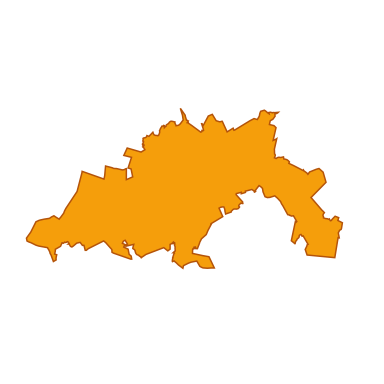 Comitán de Domínguez, Chiapas, Mexico (Mercator projection), rotated 281°
{"feature_id": "50627088B76182298000457", "entity_name": "Comitán de Domínguez", "entity_type": "district", "adm_level": 2, "iso_a3": "MEX", "parent_name": "Mexico", "parent_adm1": "Chiapas", "projection": "mercator", "projection_center": [-92.173, 16.291], "detail": "fine", "context": "isolated", "style": "filled", "palette": "amber", "viewbox_px": 384, "rotation_deg": 281, "n_neighbors": 0, "source": "geoboundaries", "source_scale": "gbopen_adm2", "svg_char_len": 6043}
<svg xmlns="http://www.w3.org/2000/svg" viewBox="0 0 384 384"><g transform="rotate(281 192 192)"><path d="M286.7,261.5L285.7,258.1L285.5,256.4L285.1,256.0L285.3,253.8L284.7,252.3L284.4,252.4L283.5,252.8L284.1,251.4L284.3,251.3L284.4,250.8L285.6,248.7L286.1,247.4L284.3,244.0L282.2,243.6L279.3,243.6L275.6,242.3L275.9,238.9L273.2,235.5L260.9,222.0L260.6,221.4L262.5,220.2L257.7,215.0L267.2,208.2L267.1,207.8L266.4,206.4L266.2,205.6L266.6,202.1L272.1,197.1L269.7,193.5L259.3,190.3L261.0,188.8L260.9,188.4L255.9,191.1L254.9,191.2L254.8,191.5L254.3,191.2L254.3,190.0L253.2,190.1L252.4,189.2L257.4,178.7L259.3,174.3L259.2,174.0L259.3,174.0L259.8,174.9L260.2,174.6L261.0,174.8L261.0,174.2L261.5,173.6L261.4,172.9L265.4,170.8L266.0,170.7L271.9,164.6L265.5,168.0L261.0,169.6L257.1,167.7L256.0,167.0L254.9,166.0L254.0,163.7L254.5,163.5L256.5,162.0L257.5,161.9L257.6,159.0L257.5,157.9L257.2,157.4L256.2,156.5L255.6,156.3L254.6,155.7L253.0,154.1L252.4,153.8L251.4,153.9L250.9,153.2L249.9,152.6L251.8,152.1L251.7,151.7L251.9,151.5L251.1,150.9L251.0,150.1L250.8,149.8L250.1,149.7L248.2,148.9L247.1,148.8L246.2,148.4L244.6,148.9L243.8,148.8L243.1,148.8L242.5,148.6L241.6,148.5L241.0,148.2L240.7,147.7L240.9,147.4L240.8,147.0L240.6,145.3L240.8,144.0L241.4,143.3L243.2,142.2L238.4,139.1L238.8,137.0L237.5,136.8L236.8,136.3L236.2,135.3L235.7,134.0L235.5,133.8L235.0,133.7L234.4,134.0L233.6,134.1L232.8,134.0L232.7,134.6L232.7,134.4L232.1,134.5L232.2,134.8L231.9,134.9L229.7,134.5L229.8,134.7L229.5,135.0L229.5,135.5L229.4,135.6L229.2,135.5L228.7,135.8L228.7,135.2L228.3,135.2L228.6,134.8L228.0,135.0L227.8,134.5L227.9,135.1L227.4,135.3L227.4,135.6L227.1,135.6L226.8,135.2L226.0,136.4L224.5,137.7L221.5,134.4L222.8,120.0L214.9,118.1L214.5,126.0L203.4,124.7L203.0,127.8L195.5,130.9L191.6,125.2L202.4,123.1L202.0,122.3L201.0,121.2L200.4,119.4L200.6,113.5L200.2,110.7L200.6,108.9L201.0,102.2L191.3,103.2L187.9,103.1L191.3,80.2L190.0,80.3L170.6,79.1L151.8,71.3L149.1,70.5L146.7,70.1L141.7,67.7L140.9,67.1L140.0,66.8L141.3,63.3L142.3,61.0L140.6,58.7L139.7,57.9L138.9,57.0L137.1,52.0L135.5,48.3L135.0,47.3L133.0,44.5L121.9,41.4L115.1,38.3L112.4,39.4L111.8,41.5L111.5,43.6L110.0,49.1L109.7,52.0L109.8,60.8L109.3,61.1L107.8,62.5L105.9,63.9L104.7,64.4L103.0,65.8L97.3,69.2L99.4,71.6L100.3,71.3L102.1,71.1L104.6,71.2L104.9,69.0L107.8,69.1L109.7,68.8L113.6,73.3L116.6,74.0L116.9,74.2L117.2,74.1L117.4,74.6L117.1,75.3L117.3,75.7L118.4,76.5L118.2,77.1L118.4,77.6L118.7,78.3L119.5,79.0L119.4,79.8L118.3,80.5L118.2,81.2L118.0,81.3L117.3,80.6L117.4,81.4L115.4,83.1L115.1,84.6L116.2,85.7L119.8,88.6L121.2,91.8L118.7,94.6L119.0,96.1L114.4,98.3L114.6,99.4L116.6,101.0L127.1,114.6L125.8,117.0L120.2,124.3L117.5,125.0L117.0,126.7L114.4,144.6L114.6,145.6L116.6,144.9L117.6,144.4L118.8,142.2L123.7,140.2L124.9,135.5L127.7,136.1L128.3,133.5L130.3,133.9L130.7,134.1L131.9,135.6L128.5,138.6L127.2,137.1L126.8,136.9L126.3,137.0L126.2,137.2L126.2,137.5L129.5,144.8L126.1,144.6L125.2,144.7L124.4,146.6L123.4,147.4L122.7,147.6L121.3,148.4L120.5,149.2L120.1,149.7L119.9,150.5L119.6,152.1L119.2,152.3L118.7,153.6L118.7,153.9L117.8,154.6L117.8,154.9L118.7,155.4L118.9,155.7L122.0,158.8L132.0,174.9L129.6,179.5L131.7,181.4L136.4,180.5L137.0,181.4L138.8,183.0L137.6,183.0L137.6,183.4L138.2,183.8L139.0,183.5L138.9,184.6L137.6,185.0L136.1,185.1L135.1,185.9L133.5,186.1L131.1,186.8L130.9,186.8L130.8,186.5L129.0,185.2L129.1,185.5L128.9,185.9L129.1,186.2L128.6,186.4L128.4,186.1L124.0,185.6L124.0,185.8L122.1,185.7L121.7,185.7L120.7,185.8L120.0,186.0L119.9,186.1L120.9,187.5L119.6,189.9L117.8,192.6L115.4,197.6L118.1,197.7L120.1,200.3L121.4,202.0L122.9,204.4L124.0,207.1L125.1,209.9L120.5,213.9L119.9,215.7L119.6,217.3L120.1,221.6L121.0,225.0L121.7,228.4L131.7,221.0L131.6,214.6L131.8,204.2L135.6,203.6L136.4,203.8L136.3,204.2L136.7,204.7L137.4,204.4L137.7,204.9L138.0,204.8L137.9,205.3L138.0,205.7L138.1,205.8L138.7,205.7L138.7,205.8L138.2,206.2L137.1,206.2L137.4,208.1L142.9,209.1L144.2,209.2L146.9,210.0L147.8,210.2L152.9,214.1L157.3,215.0L164.5,217.2L164.1,216.7L164.5,216.7L173.7,226.9L181.3,221.6L182.4,222.9L183.1,224.5L183.4,226.1L182.4,226.8L180.9,227.6L179.9,227.9L179.5,228.0L176.8,229.2L179.8,234.3L180.7,234.3L182.7,235.7L183.1,236.1L183.5,237.3L183.7,238.9L184.4,240.4L186.1,241.5L186.4,241.5L186.6,241.1L187.1,240.6L187.9,240.5L188.6,240.9L190.3,242.0L190.3,242.5L190.3,243.8L190.4,244.1L190.7,244.1L191.0,243.4L191.9,243.6L197.8,235.8L198.9,235.8L201.1,240.4L199.7,240.7L201.6,244.3L202.0,244.6L203.0,244.2L205.9,250.3L205.0,252.3L204.4,253.1L204.0,253.1L203.8,253.5L204.8,254.4L205.0,254.4L205.6,253.8L211.1,256.6L210.3,258.5L209.0,260.5L205.7,261.7L201.3,264.6L200.9,267.1L201.6,269.5L204.0,274.0L202.3,277.0L199.5,280.8L197.7,282.0L195.6,284.0L188.0,290.3L188.0,292.3L187.7,292.4L187.4,294.4L188.0,296.1L183.0,300.5L182.1,299.9L182.4,299.6L182.0,299.3L182.2,299.1L163.1,298.8L160.9,302.9L161.3,303.1L163.3,303.1L164.4,303.9L165.7,304.1L167.7,305.6L168.6,305.7L169.8,305.6L170.1,305.7L171.1,307.1L169.6,308.5L170.1,309.5L162.8,315.9L162.4,315.2L160.6,315.0L157.2,314.1L152.1,317.0L154.8,344.7L175.0,344.1L174.9,344.8L175.0,345.3L179.8,343.4L182.6,344.2L183.7,345.5L184.7,345.7L190.5,345.5L191.9,340.6L194.8,340.9L195.5,337.1L192.0,334.8L190.6,334.2L190.2,333.3L191.8,331.9L191.3,331.4L191.6,329.7L191.4,328.4L191.7,326.0L192.6,325.9L193.8,325.1L194.5,325.0L195.4,325.1L197.0,325.9L198.7,323.5L198.8,323.2L209.3,309.9L227.1,321.7L236.5,316.9L239.3,312.2L238.0,309.6L234.1,303.6L233.0,303.1L231.5,302.4L232.5,301.3L234.1,297.9L234.9,297.2L234.3,297.0L237.3,286.7L238.6,281.6L240.1,281.9L241.0,280.7L241.8,279.1L242.0,277.7L241.9,275.9L243.9,275.1L242.8,272.5L242.7,270.9L242.5,270.1L241.9,269.1L241.1,268.4L240.9,268.1L241.3,266.9L241.3,266.4L243.7,266.8L244.7,266.4L245.1,266.0L245.1,265.8L249.8,264.7L260.5,265.0L259.9,264.4L258.1,261.8L271.2,262.2L272.8,259.8L273.0,255.1L276.7,255.2L277.2,255.5L277.8,256.3L278.4,256.8L278.4,257.1L278.8,257.5L282.3,259.1L283.4,258.7L284.4,258.5L285.2,260.1L286.0,261.0L286.7,261.5Z" fill="#f59e0b" stroke="#b45309" stroke-width="1.5"/></g></svg>